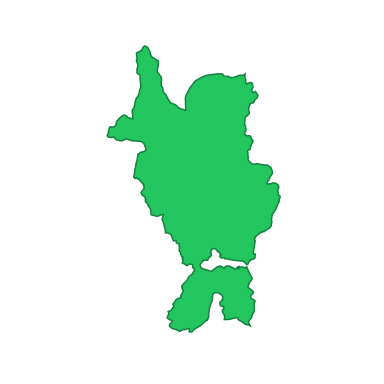 outline of Solok, Sumatera Barat, Indonesia, rotated 209°
{"feature_id": "22746128B59065860162276", "entity_name": "Solok", "entity_type": "district", "adm_level": 2, "iso_a3": "IDN", "parent_name": "Indonesia", "parent_adm1": "Sumatera Barat", "projection": "natural_earth1", "projection_center": [100.733, -0.928], "detail": "fine", "context": "isolated", "style": "filled", "palette": "green", "viewbox_px": 384, "rotation_deg": 209, "n_neighbors": 0, "source": "geoboundaries", "source_scale": "gbopen_adm2", "svg_char_len": 6095}
<svg xmlns="http://www.w3.org/2000/svg" viewBox="0 0 384 384"><g transform="rotate(209 192 192)"><path d="M101.9,96.1L97.8,98.5L92.1,103.8L91.1,103.8L89.0,102.6L86.4,102.8L82.1,102.2L80.9,102.2L78.1,103.1L76.2,103.1L79.6,105.5L79.7,108.3L78.9,111.0L79.7,113.5L79.7,117.8L81.6,121.6L83.0,123.4L84.2,125.6L83.7,126.8L84.4,127.6L88.6,127.6L89.8,128.6L90.2,129.3L89.5,133.8L90.2,134.5L95.0,135.7L96.2,135.4L96.8,135.9L97.7,138.7L97.4,145.6L104.2,150.1L107.8,153.1L108.6,151.6L109.9,151.1L111.4,151.0L112.6,150.2L114.0,147.5L114.6,147.2L114.9,147.3L114.9,147.7L114.0,149.2L114.0,149.8L114.4,150.0L116.0,148.3L115.7,146.7L116.2,145.8L123.7,145.2L126.2,143.8L127.2,141.0L130.7,141.2L131.8,140.1L132.1,140.4L133.8,138.5L135.0,135.2L135.8,134.4L135.9,133.4L136.7,131.9L145.8,130.0L147.3,130.2L148.6,131.0L149.4,131.7L149.7,132.6L149.1,136.8L148.8,137.2L149.0,137.8L148.6,137.7L146.7,139.4L145.4,139.5L145.1,139.9L145.4,141.2L145.2,143.7L144.5,144.5L144.3,146.1L145.4,147.1L145.4,147.7L146.3,148.0L146.7,148.8L146.5,149.1L147.0,151.5L146.7,151.8L146.9,152.2L145.8,152.9L143.3,153.7L141.8,153.2L140.9,152.1L139.8,152.7L137.9,151.6L136.3,151.8L136.2,150.6L136.7,150.1L136.4,149.7L136.6,149.2L134.7,148.5L131.7,150.0L130.8,149.5L130.4,150.0L122.4,152.5L113.5,156.4L108.8,155.0L108.2,156.0L108.3,159.1L107.8,161.0L107.0,161.9L108.2,161.9L107.0,161.9L105.3,163.9L105.0,164.7L106.3,168.0L106.7,168.4L108.5,168.0L108.9,168.3L113.0,179.9L114.2,180.8L114.6,181.8L114.5,184.7L112.5,189.2L111.9,190.6L111.3,190.5L110.4,192.2L109.5,192.4L109.1,194.2L106.8,197.8L106.3,199.7L106.5,201.7L107.1,202.3L107.6,204.7L109.1,206.0L110.0,209.0L110.5,209.7L111.0,211.7L110.3,213.7L110.8,215.6L110.4,216.6L110.5,219.1L111.2,223.7L111.1,226.1L112.1,227.4L112.4,230.3L113.0,231.1L115.0,231.3L116.7,233.8L117.8,234.4L118.5,238.7L120.5,239.7L120.4,240.0L122.6,240.3L123.7,240.1L125.7,239.1L127.2,237.2L129.9,235.7L130.4,235.9L130.9,236.5L130.9,238.7L130.3,240.4L131.1,242.0L131.1,242.8L130.6,247.3L131.7,248.9L135.1,251.9L137.4,251.7L138.7,252.2L143.3,250.1L149.1,248.2L151.0,246.5L153.1,245.5L154.3,246.1L156.0,246.2L158.7,247.4L159.8,250.0L161.2,251.5L161.6,252.7L163.2,254.6L163.1,255.8L161.9,257.4L162.8,260.0L163.3,266.3L165.6,267.2L166.9,268.5L168.6,269.2L169.3,269.1L170.9,267.8L173.2,267.9L173.9,268.3L174.9,269.4L174.6,271.8L175.1,272.8L177.7,276.1L178.7,276.4L181.4,282.4L181.6,283.7L180.5,285.6L180.1,288.3L180.4,289.2L182.9,292.3L183.8,296.2L183.5,297.8L181.6,299.9L181.4,301.5L181.7,302.9L180.7,306.2L181.3,308.6L181.6,308.9L182.0,308.7L185.2,310.7L187.1,308.3L189.3,310.1L189.5,313.3L191.7,316.1L192.9,316.5L194.4,315.8L196.5,313.2L198.0,313.6L199.8,316.8L201.7,318.2L202.8,321.0L204.1,318.4L206.2,317.7L207.9,316.3L209.7,313.8L212.2,311.5L215.0,310.5L216.7,310.8L217.3,310.1L220.0,308.9L221.3,309.0L222.3,310.1L225.8,308.5L235.3,301.6L239.1,297.1L241.9,292.6L243.1,290.3L243.5,287.5L244.3,282.0L244.0,273.4L243.5,271.2L237.1,260.4L241.6,259.4L244.5,259.3L248.9,260.3L254.7,259.6L255.5,260.5L258.8,262.1L261.8,264.4L264.5,265.1L266.9,267.2L268.0,268.8L270.8,270.5L270.9,271.5L272.6,273.5L272.8,274.9L274.6,277.7L276.1,278.0L276.8,278.7L280.2,279.9L282.0,282.9L282.6,285.5L283.8,288.5L285.5,290.5L286.2,289.9L288.0,290.5L292.2,290.5L293.2,291.2L294.2,291.4L297.1,294.5L301.0,297.1L304.4,296.7L305.0,294.7L304.6,292.2L306.5,288.5L307.4,287.8L307.8,287.1L307.7,286.0L304.8,282.2L304.4,279.9L301.2,277.2L300.6,276.1L299.5,272.4L298.0,269.7L297.1,269.1L294.3,269.1L293.6,268.4L292.8,266.4L288.1,259.9L287.5,258.7L287.2,255.8L286.1,252.9L285.8,250.3L286.1,246.1L285.8,244.5L283.5,237.9L284.1,235.2L283.0,232.7L281.3,230.7L279.4,227.2L284.1,226.0L285.7,226.7L287.7,226.7L288.5,226.5L289.6,225.2L291.2,221.5L292.1,217.2L291.8,215.8L291.0,214.0L291.4,211.7L292.3,210.7L294.7,209.6L295.5,208.6L294.7,205.2L293.8,202.9L293.5,200.1L293.0,199.7L291.1,199.6L287.9,201.2L286.9,202.2L283.7,200.9L280.2,201.8L278.1,202.8L274.9,206.8L273.2,206.8L268.9,207.9L261.5,211.4L257.8,211.3L253.8,208.0L253.0,206.9L253.0,205.7L253.6,204.1L256.3,201.7L256.6,200.3L256.9,200.3L257.6,198.9L255.0,191.8L255.1,190.6L254.7,190.3L254.4,189.0L255.0,189.1L254.3,188.7L253.2,186.0L253.1,184.4L251.5,181.4L251.5,180.1L250.6,178.4L250.6,177.6L249.7,176.5L248.5,176.3L248.3,176.8L247.4,176.9L247.2,177.5L245.7,177.2L244.1,177.5L243.2,176.7L242.5,176.7L242.3,176.3L240.1,176.0L240.1,175.6L237.7,175.0L237.4,174.1L236.8,173.9L235.6,171.6L236.3,168.2L236.3,167.0L235.8,166.3L234.0,165.1L230.5,164.8L229.4,163.1L228.8,163.0L228.9,162.3L228.3,161.7L228.2,161.1L227.1,160.5L225.7,160.6L224.8,160.0L224.7,159.4L220.8,157.4L219.1,156.0L216.8,152.3L211.3,153.6L209.8,154.6L208.7,156.3L206.2,158.3L205.7,157.6L204.9,153.7L200.4,149.6L197.1,146.0L195.4,143.3L193.1,144.6L190.4,144.6L189.3,144.4L188.8,143.6L184.5,140.3L184.1,140.8L182.4,141.4L181.8,141.4L181.6,140.6L180.7,139.9L178.1,140.3L177.1,138.4L176.2,137.7L174.6,134.2L173.1,133.8L171.8,132.0L170.9,131.7L169.9,130.6L168.1,130.7L168.3,129.0L167.8,129.0L166.8,128.1L166.9,127.3L166.3,126.4L166.1,125.1L162.6,125.5L161.9,124.9L160.9,125.0L159.2,127.9L156.9,128.6L155.7,128.4L154.8,126.1L153.1,126.3L151.7,125.2L152.1,123.4L151.9,120.9L153.8,116.1L153.6,112.5L153.8,110.4L154.8,108.5L155.3,104.8L155.7,104.4L154.7,104.7L154.6,103.2L153.9,103.1L152.5,102.0L151.3,100.2L151.7,97.0L151.4,95.2L150.2,93.9L152.7,92.0L153.8,89.9L153.8,86.6L154.5,84.6L153.7,84.1L153.3,84.2L152.0,82.6L152.6,81.8L153.1,78.1L154.9,75.9L153.2,74.3L153.0,70.6L152.5,69.8L149.8,69.4L147.9,69.8L146.5,69.5L147.3,65.4L147.3,64.7L146.6,63.7L143.3,63.0L139.6,63.9L135.1,64.2L133.0,67.6L130.9,68.6L129.4,70.5L128.0,71.2L126.6,68.4L125.7,68.6L124.3,69.6L123.5,73.0L119.7,79.3L118.4,83.5L117.0,86.9L116.5,87.2L116.8,90.8L118.8,94.4L120.3,98.7L121.6,104.9L121.7,106.6L123.0,110.2L123.7,110.5L124.1,112.6L123.4,114.7L119.8,116.8L118.9,116.4L115.7,116.3L113.7,114.3L113.3,113.1L113.5,112.5L113.2,111.6L114.1,109.4L113.6,108.1L112.5,106.8L111.5,106.3L110.3,106.5L109.1,107.2L108.6,106.8L107.5,105.3L107.7,104.0L108.2,103.8L107.4,102.0L103.2,99.3L102.6,97.7L101.9,97.3L102.3,97.0L101.9,96.1Z" fill="#22c55e" stroke="#15803d" stroke-width="1.5"/></g></svg>